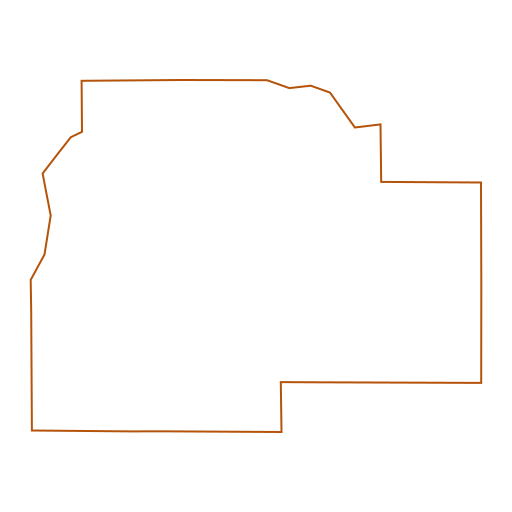 outline of Lincoln, Louisiana, United States of America
{"feature_id": "52423323B73222976979842", "entity_name": "Lincoln", "entity_type": "district", "adm_level": 2, "iso_a3": "USA", "parent_name": "United States of America", "parent_adm1": "Louisiana", "projection": "orthographic", "projection_center": [-92.669, 32.606], "detail": "fine", "context": "isolated", "style": "outline", "palette": "amber", "viewbox_px": 512, "rotation_deg": 0, "n_neighbors": 0, "source": "geoboundaries", "source_scale": "gbopen_adm2", "svg_char_len": 447}
<svg xmlns="http://www.w3.org/2000/svg" viewBox="0 0 512 512"><path d="M481.2,382.9L481.3,291.0L481.3,282.6L481.0,182.5L381.2,181.9L380.5,124.4L354.9,127.5L330.0,92.6L310.8,85.7L289.3,88.1L267.0,80.2L181.1,80.0L81.6,80.8L82.0,131.8L70.8,137.2L58.8,152.5L42.6,173.5L50.7,215.5L44.5,254.5L30.7,279.9L31.2,311.6L31.9,430.5L130.8,431.4L159.8,431.3L281.5,432.0L280.8,382.1L316.6,382.3L481.2,382.9Z" fill="none" stroke="#b45309" stroke-width="2"/></svg>